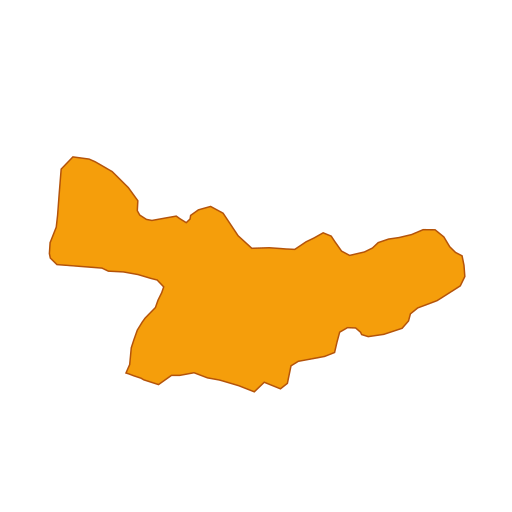 the district of Meme, Sud-Ouest, Cameroon, rotated 78°
{"feature_id": "32672807B73139620026087", "entity_name": "Meme", "entity_type": "district", "adm_level": 2, "iso_a3": "CMR", "parent_name": "Cameroon", "parent_adm1": "Sud-Ouest", "projection": "mercator", "projection_center": [9.319, 4.685], "detail": "fine", "context": "isolated", "style": "filled", "palette": "amber", "viewbox_px": 512, "rotation_deg": 78, "n_neighbors": 0, "source": "geoboundaries", "source_scale": "gbopen_adm2", "svg_char_len": 1491}
<svg xmlns="http://www.w3.org/2000/svg" viewBox="0 0 512 512"><g transform="rotate(78 256 256)"><path d="M388.5,285.9L381.2,274.2L391.0,259.7L387.1,251.8L370.7,244.6L367.8,236.5L368.5,209.8L366.7,199.2L356.9,194.6L347.9,190.0L345.1,181.4L347.1,173.5L352.3,169.6L354.8,169.0L358.2,163.0L359.2,147.3L357.1,128.1L351.2,120.3L344.7,117.0L340.4,108.6L337.3,88.1L327.7,62.4L319.5,56.0L308.3,54.5L298.7,54.4L294.0,60.1L287.2,64.6L276.4,68.3L267.6,75.4L265.0,87.1L267.4,99.4L267.7,112.4L267.0,122.8L268.3,133.7L272.4,140.4L274.6,149.1L274.7,154.8L274.9,164.3L269.0,171.3L258.1,176.0L252.2,178.3L247.3,185.5L250.4,195.4L251.3,199.0L252.5,204.0L257.6,216.7L255.3,225.5L253.9,230.1L250.7,241.3L247.6,258.5L232.5,269.3L207.3,279.3L198.1,290.1L198.5,296.8L198.9,302.8L202.7,311.5L206.1,312.8L208.9,317.3L203.5,322.9L200.4,325.7L200.0,337.0L199.6,350.4L197.4,355.6L191.8,361.2L187.0,362.7L177.4,360.1L162.7,366.6L157.8,369.8L143.6,379.1L130.5,393.6L126.5,399.1L121.0,414.5L130.5,428.5L154.0,435.5L174.9,441.6L186.3,445.4L197.9,453.1L200.1,454.6L210.7,457.6L215.3,457.6L223.0,452.5L235.8,409.2L240.1,403.6L244.0,389.0L249.6,375.3L256.1,363.4L258.9,357.7L267.0,352.7L272.2,355.8L278.8,361.0L285.5,365.1L293.7,377.4L296.9,380.9L303.8,387.5L312.8,393.0L319.9,397.1L335.9,402.1L343.4,407.5L345.0,404.7L347.8,400.4L351.6,393.9L353.8,391.5L361.5,378.1L355.2,363.5L356.9,355.4L357.3,340.9L365.1,328.8L369.6,317.8L371.2,314.7L379.3,299.8L388.5,285.9Z" fill="#f59e0b" stroke="#b45309" stroke-width="1.5"/></g></svg>